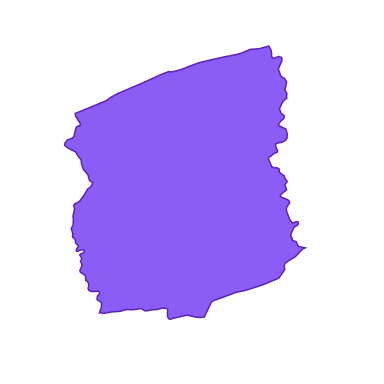 San Jacinto, Canelones, Uruguay (Robinson projection), rotated 338°
{"feature_id": "84410073B72021861156852", "entity_name": "San Jacinto", "entity_type": "district", "adm_level": 2, "iso_a3": "URY", "parent_name": "Uruguay", "parent_adm1": "Canelones", "projection": "robinson", "projection_center": [-55.825, -34.536], "detail": "fine", "context": "isolated", "style": "filled", "palette": "violet", "viewbox_px": 384, "rotation_deg": 338, "n_neighbors": 0, "source": "geoboundaries", "source_scale": "gbopen_adm2", "svg_char_len": 3040}
<svg xmlns="http://www.w3.org/2000/svg" viewBox="0 0 384 384"><g transform="rotate(338 192 192)"><path d="M209.0,303.6L223.6,304.6L240.2,304.4L248.9,298.7L249.8,295.3L251.5,293.0L255.0,292.1L263.5,290.7L266.6,289.3L273.0,286.3L276.0,286.2L273.5,284.5L270.3,282.3L270.2,280.0L269.9,277.0L266.8,274.2L267.6,272.7L267.3,271.0L267.1,269.4L268.9,267.1L273.3,263.0L275.6,262.5L277.8,262.2L278.9,261.0L279.1,259.5L277.8,258.5L275.5,258.6L273.5,258.4L272.3,253.9L272.4,248.7L272.6,244.5L273.8,241.9L276.6,239.8L278.5,238.6L278.6,236.5L277.6,234.7L274.4,231.7L272.2,229.6L272.9,228.0L276.0,226.7L280.5,225.4L280.9,219.9L282.8,218.9L284.2,217.9L283.3,213.9L283.6,211.4L282.3,209.9L280.5,206.5L281.4,203.2L280.3,201.7L277.7,200.6L275.4,198.4L275.3,192.0L275.3,189.7L277.0,188.2L279.2,188.3L281.0,187.3L282.8,187.1L284.3,187.2L286.1,186.9L286.9,185.5L286.6,183.3L287.0,179.6L288.1,178.8L290.6,178.8L293.2,179.5L295.5,179.5L298.1,179.2L300.2,177.8L302.1,174.0L302.6,168.7L301.8,167.8L299.1,165.1L297.1,162.2L298.4,161.1L301.1,159.4L304.7,158.2L306.1,156.1L305.4,154.6L304.1,152.5L304.3,147.5L306.5,145.5L309.2,142.9L312.6,141.1L314.9,140.7L315.5,138.6L316.8,136.6L316.6,131.6L318.1,129.8L321.0,125.3L320.2,121.2L318.9,119.6L317.8,117.8L318.1,110.5L320.1,108.2L324.0,104.6L325.5,101.9L325.1,100.4L323.0,98.8L320.7,98.8L317.2,98.6L316.6,95.9L317.7,93.5L318.4,90.4L318.0,85.5L307.6,84.2L299.5,81.6L288.8,81.7L281.4,80.6L273.2,78.9L257.5,76.3L246.4,74.7L238.0,74.5L226.4,74.3L218.5,73.2L215.3,71.6L206.9,71.5L185.7,72.4L160.1,72.9L152.3,73.8L146.5,75.2L121.3,75.4L113.1,75.4L112.5,78.1L113.1,81.6L114.0,86.5L113.2,88.5L111.5,88.2L109.3,88.3L107.4,90.5L103.2,96.3L101.2,97.3L98.8,97.1L95.8,97.1L92.5,99.1L91.4,101.1L92.0,102.1L93.3,104.6L95.1,106.7L99.2,111.3L99.9,116.4L101.2,120.7L100.1,124.6L99.7,130.5L101.3,134.7L102.0,137.7L101.2,142.2L101.8,144.0L103.3,145.8L102.5,147.3L101.2,148.4L99.6,149.5L96.7,150.0L90.6,154.6L84.5,158.4L81.3,158.9L78.8,159.0L77.1,160.4L76.9,163.5L75.1,166.2L72.4,170.1L72.2,171.7L71.2,174.1L69.6,177.8L66.3,180.7L66.0,185.4L64.4,189.0L65.7,191.5L65.7,193.4L65.0,195.4L65.5,197.0L66.2,198.5L66.3,200.2L64.6,200.9L63.2,202.3L62.7,203.5L63.7,204.2L65.1,204.1L66.9,204.0L68.6,204.4L69.5,205.0L70.3,206.4L69.1,207.4L67.4,207.9L65.9,207.7L64.3,208.3L64.6,209.7L64.9,211.4L64.2,213.4L62.6,214.5L62.8,217.3L62.1,219.4L58.6,222.8L58.5,224.7L60.7,227.6L61.8,229.9L61.0,232.3L60.3,234.3L61.4,235.4L61.9,237.8L61.0,240.5L59.4,242.8L59.8,245.1L61.5,246.6L65.2,248.0L68.1,249.0L68.5,250.8L67.4,252.2L65.3,253.1L63.6,256.2L64.9,257.9L66.7,260.8L64.8,264.9L60.9,269.3L62.0,269.3L63.1,270.6L65.0,271.6L68.2,272.2L72.6,273.1L80.5,275.7L87.1,276.4L92.8,278.9L96.6,280.0L100.3,280.7L101.9,281.7L103.7,284.5L106.3,285.4L110.5,286.2L115.7,287.9L121.4,288.6L124.3,290.2L125.5,291.2L125.3,292.4L124.2,294.2L122.6,298.7L122.9,300.8L124.2,301.9L127.2,302.1L136.5,303.5L141.3,304.3L149.0,309.6L152.6,311.5L156.7,312.5L158.3,310.9L168.2,301.8L169.8,300.8L195.1,301.6L204.0,303.1L209.0,303.6Z" fill="#8b5cf6" stroke="#5b21b6" stroke-width="1.5"/></g></svg>